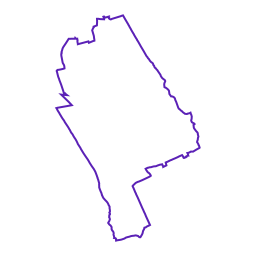 outline of Hoceni, Vaslui, Romania, rotated 180°
{"feature_id": "2599482B41865745609486", "entity_name": "Hoceni", "entity_type": "district", "adm_level": 2, "iso_a3": "ROU", "parent_name": "Romania", "parent_adm1": "Vaslui", "projection": "equal_earth", "projection_center": [27.99, 46.533], "detail": "fine", "context": "isolated", "style": "outline", "palette": "violet", "viewbox_px": 256, "rotation_deg": 180, "n_neighbors": 0, "source": "geoboundaries", "source_scale": "gbopen_adm2", "svg_char_len": 5750}
<svg xmlns="http://www.w3.org/2000/svg" viewBox="0 0 256 256"><g transform="rotate(180 128 128)"><path d="M152.6,239.3L152.3,238.6L151.9,237.3L151.9,236.7L156.0,236.9L157.6,237.2L159.0,237.2L158.9,234.1L159.1,230.6L162.3,229.4L162.1,228.9L162.5,228.4L162.9,227.8L163.8,225.7L162.2,220.2L162.0,218.9L161.9,217.7L161.7,216.9L161.6,215.7L161.6,215.3L162.8,215.0L167.1,213.2L167.6,214.6L175.1,212.6L178.1,211.8L178.1,212.0L178.2,212.6L178.4,213.2L178.5,214.1L178.6,214.9L178.4,215.9L178.7,216.3L178.8,216.5L178.8,217.3L180.0,217.3L180.6,217.8L180.7,218.0L180.8,218.1L180.9,217.8L180.8,217.3L187.3,217.2L190.1,212.8L192.6,209.1L193.4,207.6L193.6,206.8L193.8,206.1L194.0,205.4L194.4,204.2L194.5,203.8L194.5,203.5L194.3,203.3L194.3,202.9L194.7,202.2L194.8,201.9L194.6,201.2L194.7,200.5L194.6,199.9L194.5,199.5L193.3,193.2L191.9,190.7L191.6,189.1L191.5,187.6L193.0,187.1L195.6,186.5L198.1,186.1L198.3,186.1L198.6,185.8L198.9,185.6L199.2,185.5L199.3,185.2L199.3,184.9L199.1,184.4L199.0,184.1L198.3,181.2L197.8,179.3L197.3,177.9L197.1,177.6L196.6,175.9L194.9,171.5L192.7,164.9L192.2,163.1L190.9,162.7L190.2,161.8L189.0,160.9L193.3,161.2L194.8,161.4L187.4,154.2L184.2,150.8L189.0,149.9L198.7,148.2L198.9,148.1L199.6,147.9L199.4,147.6L198.7,146.3L198.4,145.6L196.8,143.1L195.9,141.4L195.4,140.7L194.8,139.6L193.5,137.5L191.9,135.3L191.2,133.9L188.0,129.1L187.1,127.6L186.7,126.8L186.3,126.3L184.8,123.3L184.3,122.8L183.7,122.0L183.4,121.6L182.3,119.5L181.7,118.6L181.3,117.9L181.0,117.6L180.7,117.1L179.7,115.4L178.6,113.2L178.2,112.1L177.6,111.2L175.6,108.1L175.2,107.2L174.3,105.7L172.9,103.4L172.6,102.9L170.4,99.6L168.1,96.3L167.8,95.7L167.5,95.3L166.3,93.1L164.2,89.8L162.2,87.0L160.7,84.3L159.7,81.7L159.1,80.1L158.8,79.0L158.5,78.6L158.4,77.7L157.8,76.3L157.7,75.8L157.3,74.4L156.8,72.6L156.8,72.4L156.9,71.4L156.8,70.3L156.8,69.2L156.8,68.6L156.2,66.8L155.3,64.5L154.6,63.0L154.5,62.6L154.4,62.1L154.3,61.9L154.1,61.5L154.1,61.0L154.0,60.7L153.4,59.7L153.3,59.2L153.0,58.8L152.8,58.4L152.5,57.8L151.9,57.2L151.7,56.9L151.5,56.7L151.3,56.5L150.6,55.7L149.7,54.8L149.0,54.0L148.4,53.2L147.7,51.9L147.5,51.2L147.4,51.0L147.1,50.6L146.4,49.3L146.4,48.4L146.5,48.0L146.3,47.2L146.2,46.5L146.0,44.8L146.2,44.1L146.6,43.6L146.7,43.4L146.6,43.1L146.2,42.7L146.0,42.1L146.1,41.5L146.6,41.1L146.8,40.1L146.7,39.3L146.9,38.9L146.5,38.1L146.3,37.6L146.1,36.7L146.8,34.8L147.6,33.6L147.8,33.2L147.7,32.8L147.4,32.6L147.0,31.9L146.7,31.6L146.4,31.2L146.2,31.1L145.5,30.6L145.3,30.3L144.6,29.3L144.5,29.1L144.4,28.7L144.4,28.4L144.4,26.8L143.8,25.5L143.2,24.9L142.9,24.5L142.6,23.9L142.4,23.2L142.3,22.7L142.5,21.2L142.1,20.3L142.0,19.6L141.7,18.6L141.9,18.0L141.2,17.9L140.5,17.8L140.3,17.6L140.1,17.3L139.9,17.0L140.0,16.3L139.9,15.4L138.8,15.7L135.6,16.2L134.6,16.4L131.4,17.5L130.9,17.9L130.5,18.1L130.3,18.3L128.8,18.8L126.7,19.3L125.0,19.9L123.9,20.1L121.9,20.3L120.7,20.6L119.7,20.5L117.9,20.0L117.0,19.1L116.5,18.8L115.6,18.8L114.2,21.1L113.5,22.5L113.0,24.7L112.7,25.6L112.0,26.6L111.6,28.3L110.3,28.6L109.1,29.5L108.5,29.8L107.6,30.2L106.7,30.6L106.0,31.0L110.0,39.7L111.0,42.2L111.9,44.0L112.8,46.1L113.8,48.2L115.5,52.1L118.3,58.5L119.9,61.8L120.1,62.6L120.6,63.4L122.3,67.5L123.4,69.9L123.3,70.0L122.8,70.7L120.3,73.1L118.3,74.1L117.2,74.4L115.8,75.0L113.9,75.8L106.5,79.3L105.2,80.2L105.2,80.4L105.6,81.2L106.2,82.1L107.2,83.1L107.9,83.5L108.4,84.0L109.7,85.9L110.4,87.2L108.4,88.2L107.6,88.3L106.8,88.6L106.4,88.7L105.0,88.8L103.4,89.3L102.2,89.6L101.4,89.7L101.1,89.7L100.7,89.7L99.7,89.9L99.4,90.0L98.9,90.3L98.2,90.6L97.7,90.7L97.0,91.0L96.1,91.3L93.8,91.7L93.5,90.9L93.2,90.1L93.0,89.8L92.8,89.8L92.7,89.6L92.7,89.1L89.6,90.6L89.8,91.3L89.8,91.6L90.3,93.5L89.2,94.0L88.6,94.2L85.4,95.8L84.7,96.0L82.8,96.9L81.3,97.5L78.2,98.9L76.7,99.7L73.9,100.9L72.9,99.5L72.9,99.4L72.6,98.5L72.4,98.2L71.7,98.5L71.4,98.2L70.9,98.5L70.2,98.7L69.5,99.2L69.7,99.6L68.2,100.4L67.7,100.4L68.0,101.6L68.4,102.6L68.6,103.0L67.2,103.3L66.0,103.9L65.2,104.4L63.4,104.4L62.9,104.4L59.8,106.3L58.0,107.3L56.5,108.1L56.4,108.6L56.5,108.7L57.1,110.7L57.5,111.0L57.6,111.3L57.7,111.9L58.5,113.3L58.8,113.6L58.9,113.9L58.8,114.7L58.3,116.1L58.2,116.4L58.2,116.9L58.0,118.3L57.7,119.0L57.6,119.4L58.2,121.9L58.2,122.7L58.4,123.2L58.7,123.7L59.8,124.8L61.8,127.5L62.1,128.1L62.3,129.0L62.3,129.7L62.5,130.8L62.5,131.2L62.4,131.3L61.5,131.8L61.4,131.9L61.5,132.2L62.0,132.6L63.0,133.1L64.0,133.7L64.5,134.5L64.7,135.2L64.8,135.4L64.8,135.7L64.7,136.2L64.4,137.0L64.3,138.7L64.2,139.2L64.6,140.9L64.9,141.6L65.1,142.0L65.3,142.6L65.5,143.3L66.2,142.9L67.6,142.5L68.3,142.4L68.7,142.1L69.3,142.0L71.0,142.2L72.2,143.1L73.3,143.9L73.9,144.7L75.0,145.4L76.3,146.7L77.3,147.4L77.9,148.7L79.8,154.1L80.7,156.0L81.1,157.6L81.9,158.6L82.8,159.2L83.9,159.6L84.9,159.6L86.1,161.3L86.6,162.0L87.0,165.1L87.4,165.8L88.4,166.9L90.1,168.2L91.5,168.8L91.7,170.2L91.8,171.9L91.5,173.1L90.8,174.6L90.8,175.1L91.2,175.9L93.3,177.5L94.1,178.3L95.3,180.2L95.5,181.1L98.1,184.9L98.7,185.9L99.4,186.5L100.4,187.9L100.9,188.1L101.4,188.8L101.7,189.3L101.8,190.0L102.0,190.4L102.6,190.9L102.7,191.2L103.0,192.3L103.4,192.9L103.8,193.2L105.1,194.1L105.8,195.0L106.2,195.3L106.3,195.5L106.9,196.7L107.9,197.7L108.2,198.1L108.3,198.4L108.5,198.8L109.2,199.5L109.5,199.9L112.4,205.0L114.8,209.0L115.4,210.0L115.7,210.6L118.1,214.8L118.9,215.9L119.0,216.4L120.0,217.9L121.9,221.1L122.1,221.7L122.6,222.4L124.6,225.8L125.2,227.0L126.6,229.4L127.0,230.3L127.5,231.0L127.7,231.5L130.9,236.9L133.0,240.6L134.4,240.2L135.3,239.8L142.5,237.6L144.4,237.0L144.8,236.7L145.3,236.6L145.5,236.6L146.5,237.1L147.0,237.6L147.2,237.8L147.3,238.2L147.2,238.4L147.0,238.5L146.9,238.7L147.1,238.8L147.4,238.7L147.7,239.1L147.6,239.3L150.8,238.4L152.0,239.5L152.6,239.3Z" fill="none" stroke="#5b21b6" stroke-width="2"/></g></svg>